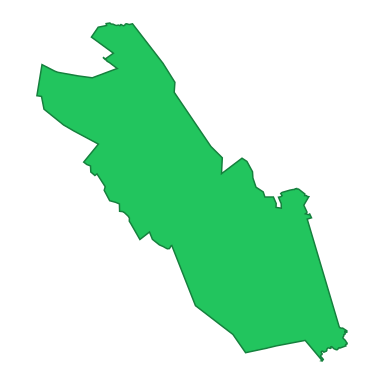 outline of Rayones, Nuevo León, Mexico
{"feature_id": "50627088B56763529788020", "entity_name": "Rayones", "entity_type": "district", "adm_level": 2, "iso_a3": "MEX", "parent_name": "Mexico", "parent_adm1": "Nuevo León", "projection": "orthographic", "projection_center": [-100.065, 25.075], "detail": "fine", "context": "isolated", "style": "filled", "palette": "green", "viewbox_px": 384, "rotation_deg": 0, "n_neighbors": 0, "source": "geoboundaries", "source_scale": "gbopen_adm2", "svg_char_len": 3769}
<svg xmlns="http://www.w3.org/2000/svg" viewBox="0 0 384 384"><path d="M36.9,95.7L41.5,96.4L44.0,109.2L63.6,125.0L74.1,131.1L98.4,144.1L88.2,156.6L83.7,162.1L86.8,164.5L90.5,165.9L90.8,172.0L94.9,175.5L97.0,173.9L105.2,186.7L104.2,190.3L109.7,200.7L115.5,202.3L119.4,203.9L119.6,211.3L122.6,211.6L124.4,212.6L128.1,216.1L129.4,218.0L129.3,221.2L130.8,223.6L139.9,239.5L149.5,232.0L152.4,239.3L159.4,244.9L163.3,246.6L165.2,247.7L167.3,248.8L169.4,248.6L170.1,247.5L170.9,246.0L171.8,245.5L195.5,305.7L219.3,324.0L232.9,334.4L237.2,340.6L237.9,341.6L238.7,342.8L238.8,342.9L245.6,352.7L248.0,352.2L249.3,351.9L262.9,349.0L266.4,348.3L267.2,348.1L268.1,347.8L270.0,347.4L276.2,345.9L305.2,340.4L322.0,360.4L321.3,360.8L322.2,361.0L323.3,359.4L321.9,357.7L320.7,356.4L320.7,356.1L320.6,355.7L320.9,355.2L321.4,354.9L321.9,354.6L322.1,354.2L322.1,353.6L321.7,353.0L321.4,352.7L321.3,352.3L321.2,352.0L321.3,351.7L321.6,351.4L321.9,351.2L322.2,351.1L322.5,351.2L322.8,351.3L323.2,351.4L323.5,351.8L323.7,352.1L323.9,352.2L324.8,351.8L325.4,351.5L326.3,351.2L326.8,350.6L326.8,349.5L327.2,348.7L327.6,348.3L327.9,348.1L328.1,347.9L328.5,347.9L328.9,347.9L329.2,348.0L329.5,348.2L329.8,348.3L330.1,348.3L330.4,348.4L330.6,348.4L330.8,348.3L330.9,348.2L331.0,348.0L330.9,347.8L330.8,347.5L330.8,347.2L330.8,346.9L331.0,346.7L331.3,346.6L331.5,346.7L331.7,346.8L332.2,347.0L332.4,347.2L332.6,347.5L332.8,347.7L333.1,347.9L333.4,348.3L333.8,348.6L334.2,348.9L334.5,349.0L335.1,349.2L335.5,349.4L335.9,349.6L336.2,349.7L336.6,349.7L336.9,349.7L337.2,349.7L337.6,349.4L337.8,349.2L338.0,349.0L338.2,348.5L338.5,348.1L338.7,347.9L339.0,347.7L339.5,347.7L339.6,347.9L339.8,348.1L345.9,345.9L345.7,345.4L345.6,345.0L345.6,344.7L345.8,344.5L346.0,344.3L346.3,344.2L346.8,344.1L347.1,343.9L347.1,343.6L347.1,343.1L346.9,342.8L346.3,342.1L346.0,341.6L345.7,341.0L345.2,340.3L344.9,340.0L344.5,339.6L344.0,339.1L343.5,338.7L343.2,338.3L343.0,337.9L342.9,337.4L343.1,337.1L343.4,336.6L343.7,336.1L343.8,335.6L343.8,335.2L343.8,334.9L343.8,334.7L344.0,334.5L344.5,334.5L344.9,334.3L345.1,333.9L345.2,333.4L345.1,333.1L345.0,332.8L344.9,332.6L344.8,332.3L344.8,332.0L344.7,331.8L344.7,331.6L344.8,331.4L344.9,331.2L345.1,331.2L345.4,331.4L345.7,331.7L346.1,332.0L346.4,332.3L346.5,332.4L346.8,332.3L346.9,332.1L346.9,331.9L346.2,331.8L346.8,330.8L342.7,328.1L341.7,328.2L340.0,327.8L339.2,326.8L307.2,219.1L311.5,217.8L309.7,214.0L308.8,214.7L305.4,213.8L306.5,212.9L306.9,212.5L307.0,212.1L303.8,205.2L308.8,196.7L307.1,196.5L306.6,195.6L304.6,195.6L304.9,194.0L298.6,189.1L297.2,189.1L296.8,188.5L296.5,188.6L295.7,188.7L295.0,188.9L294.8,189.2L294.6,189.4L294.5,189.5L293.9,189.5L293.0,189.5L292.3,189.7L290.0,190.1L282.1,192.4L280.7,193.5L282.1,195.7L280.9,196.7L278.5,197.2L281.2,203.7L281.3,208.2L276.0,207.4L276.2,203.5L273.4,197.0L264.9,197.0L263.2,191.9L256.0,187.2L252.9,178.0L252.5,171.7L246.9,161.4L242.0,158.2L221.5,173.7L222.3,157.8L210.9,146.5L174.2,92.3L174.9,82.3L163.1,63.5L163.1,63.4L162.9,63.2L132.5,23.8L130.7,24.2L129.7,24.5L128.8,24.4L128.0,24.2L127.1,23.9L126.3,23.8L125.6,24.0L125.3,24.2L125.0,24.8L124.7,25.1L124.0,25.6L123.7,25.8L123.2,25.6L122.6,25.4L122.1,25.1L121.5,24.8L121.2,24.6L120.9,24.5L120.7,24.6L120.6,24.8L120.4,25.1L120.3,25.4L119.9,25.7L118.6,25.1L117.8,25.2L116.6,25.5L115.3,25.2L114.0,24.6L113.2,24.2L112.3,24.1L111.5,24.1L111.1,24.0L110.6,23.6L110.1,23.2L109.9,23.0L106.1,23.6L106.6,25.5L98.2,27.2L91.4,37.1L113.4,53.2L105.4,58.9L103.5,57.6L103.4,57.8L103.6,58.0L104.0,58.4L104.3,58.7L105.3,59.6L105.4,59.4L106.3,59.9L106.7,60.3L106.9,60.7L106.9,60.8L106.9,61.0L107.0,61.2L109.5,62.6L117.2,68.5L116.8,68.6L116.6,68.7L92.3,77.8L77.4,75.8L57.9,72.3L57.3,72.1L54.7,71.1L42.0,64.6L36.9,95.7Z" fill="#22c55e" stroke="#15803d" stroke-width="1.5"/></svg>